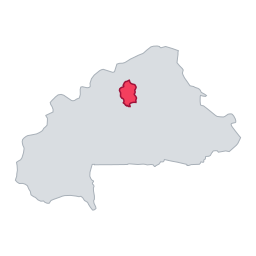 Bam highlighted on a map of Burkina Faso
{"feature_id": "BFA-2811", "entity_name": "Bam", "entity_type": "Province", "adm_level": 1, "iso_a3": "BFA", "parent_name": "Burkina Faso", "parent_adm1": "", "projection": "orthographic", "projection_center": [-1.569, 13.448], "detail": "fine", "context": "in_parent", "style": "filled", "palette": "rose", "viewbox_px": 256, "rotation_deg": 0, "n_neighbors": 0, "source": "natural_earth", "source_scale": "10m", "svg_char_len": 3923}
<svg xmlns="http://www.w3.org/2000/svg" viewBox="0 0 256 256"><path d="M198.6,164.3L191.3,164.6L188.6,165.5L187.0,165.5L187.0,164.8L186.8,164.4L177.5,162.2L171.0,161.0L164.4,159.5L164.0,160.9L163.1,161.8L161.7,161.9L160.7,161.7L160.0,162.7L158.9,164.2L157.4,164.9L155.9,165.7L155.1,166.5L154.5,166.5L153.0,164.7L151.0,164.5L147.2,164.9L145.5,164.4L143.2,164.1L137.8,164.5L129.2,163.8L127.7,164.2L127.4,164.5L118.8,164.6L109.3,164.7L101.4,164.7L94.5,164.8L94.5,164.4L92.3,164.4L92.0,165.0L90.0,172.2L89.8,176.2L90.8,178.6L92.0,180.2L93.3,180.8L93.5,181.7L92.4,182.8L92.5,184.0L93.7,185.2L94.0,186.5L93.4,187.8L93.5,191.0L94.4,196.0L94.4,199.2L93.6,200.7L94.0,203.3L95.7,206.9L96.0,208.4L95.3,209.1L93.9,210.0L92.5,210.0L90.8,207.8L90.1,206.8L88.7,204.6L87.6,202.4L86.1,201.4L84.5,200.5L82.7,197.7L80.9,196.3L79.0,196.7L76.2,196.1L70.7,195.4L64.7,195.6L62.2,196.2L59.7,197.2L53.5,199.4L51.0,200.5L49.1,203.3L47.0,203.2L44.9,202.3L43.6,201.0L40.8,201.2L38.0,199.9L35.4,197.4L33.5,196.6L31.0,194.8L30.3,191.4L28.8,189.0L27.4,185.7L25.2,184.2L22.8,183.4L19.3,183.5L17.1,182.1L15.4,180.2L15.9,178.5L16.7,176.2L16.8,173.9L17.4,170.2L17.1,165.6L16.5,162.3L18.4,161.0L20.6,159.8L22.0,157.7L23.5,152.8L24.1,148.5L23.7,146.9L23.0,145.7L22.5,143.8L22.2,141.6L22.6,139.6L24.2,137.8L26.3,136.3L27.8,135.6L31.7,134.9L36.6,133.9L39.4,132.6L41.4,131.4L42.6,130.4L43.8,128.3L45.7,126.7L47.1,125.1L47.4,120.6L47.4,118.1L46.3,116.6L45.8,115.4L53.0,112.0L53.1,109.5L52.1,106.7L50.7,104.4L50.2,102.5L52.2,100.2L54.0,98.5L55.3,97.1L58.1,94.9L61.1,94.4L63.7,95.2L71.5,100.5L72.9,100.8L74.5,100.5L76.6,99.1L79.3,98.0L80.3,94.6L80.2,89.4L80.8,87.1L82.3,86.7L86.8,87.7L87.9,87.7L89.2,87.4L90.2,86.5L90.2,84.9L90.0,83.4L91.5,78.7L94.2,75.1L99.6,70.7L101.3,69.8L103.2,69.3L112.9,72.4L114.5,71.7L116.9,64.1L119.5,63.3L122.6,63.2L124.7,62.6L125.8,62.0L130.4,59.1L138.5,55.2L142.8,53.5L143.7,52.9L146.8,50.1L150.9,46.9L153.5,46.2L157.2,46.0L159.5,46.5L160.1,47.4L160.9,47.8L165.6,46.5L172.5,48.6L178.4,50.7L178.0,52.0L178.0,54.4L177.5,58.2L177.0,62.7L179.4,65.6L182.4,68.7L183.2,70.0L182.4,73.1L183.0,74.9L184.5,77.9L187.2,81.7L189.9,85.7L191.8,86.2L193.6,86.5L194.7,87.2L196.3,87.8L197.9,88.3L199.2,89.1L200.1,90.0L201.3,92.4L204.3,94.0L206.5,95.5L205.6,96.4L203.0,96.1L200.5,95.4L200.2,96.6L200.1,101.1L200.5,104.8L201.1,105.3L203.6,105.9L209.7,110.7L215.2,115.2L217.0,116.4L220.0,116.8L223.4,117.0L224.8,116.5L228.1,114.2L229.8,113.9L231.4,113.9L232.3,114.3L233.8,116.1L235.3,119.0L235.8,121.0L235.7,122.2L235.2,122.6L232.5,123.2L231.4,123.6L231.1,124.3L231.5,125.7L232.0,126.6L235.0,130.6L239.3,136.1L240.6,137.5L239.9,139.2L237.8,143.5L236.3,145.3L229.2,151.6L225.7,150.9L218.4,152.2L217.3,150.8L215.6,150.7L213.5,150.9L212.7,151.5L212.5,152.1L211.7,152.9L210.4,155.4L209.4,156.0L208.1,156.4L206.5,156.4L205.5,156.7L205.5,157.9L205.3,159.0L204.2,159.5L203.7,160.7L203.8,161.8L203.2,162.3L201.8,162.1L201.0,161.8L200.3,163.3L199.3,164.3L198.6,164.3Z" fill="#d9dde1" stroke="#a8b0b8" stroke-width="1"/><path d="M126.1,105.5L125.7,105.3L125.2,104.7L124.7,103.9L123.5,103.0L123.3,102.8L123.4,102.5L123.8,102.0L124.0,101.4L123.9,100.5L123.7,99.7L123.2,98.8L122.5,98.4L121.9,98.3L121.7,97.8L121.0,97.1L120.6,96.5L120.5,95.8L120.6,92.9L119.5,90.6L119.5,90.0L119.8,88.8L120.8,87.9L121.9,87.3L123.0,87.0L123.7,86.6L123.7,85.8L123.4,85.3L123.2,85.2L124.6,82.4L125.8,81.5L126.9,81.4L129.2,80.2L129.5,80.8L129.9,82.2L130.9,83.4L132.5,84.1L133.9,84.4L134.8,84.7L134.9,84.9L135.9,86.5L136.1,87.5L135.6,88.7L135.2,89.6L134.8,90.0L134.8,90.7L135.2,92.0L134.9,93.1L134.2,94.1L134.7,95.2L135.8,96.4L136.5,98.0L136.3,98.8L135.9,99.7L135.8,100.4L136.0,101.7L135.9,102.4L134.9,102.3L133.7,102.3L132.1,102.6L130.5,103.2L129.6,104.1L129.5,105.0L130.1,106.0L130.1,106.5L129.9,106.5L128.6,106.5L128.1,106.2L127.7,105.7L127.4,105.7L127.3,105.8L127.1,105.9L126.9,105.9L126.9,105.6L126.8,105.4L126.5,105.4L126.1,105.5Z" fill="#f43f5e" stroke="#9f1239" stroke-width="1.5"/></svg>